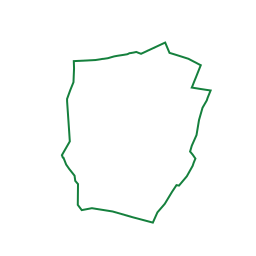 Nomgon, Ömnögovi, Mongolia, rotated 200°
{"feature_id": "93677404B86751370010695", "entity_name": "Nomgon", "entity_type": "district", "adm_level": 2, "iso_a3": "MNG", "parent_name": "Mongolia", "parent_adm1": "Ömnögovi", "projection": "orthographic", "projection_center": [105.179, 42.406], "detail": "fine", "context": "isolated", "style": "outline", "palette": "green", "viewbox_px": 256, "rotation_deg": 200, "n_neighbors": 0, "source": "geoboundaries", "source_scale": "gbopen_adm2", "svg_char_len": 1542}
<svg xmlns="http://www.w3.org/2000/svg" viewBox="0 0 256 256"><g transform="rotate(200 128 128)"><path d="M143.4,35.0L134.5,40.3L129.3,41.3L113.9,44.3L93.5,45.7L72.3,47.6L71.5,58.8L67.5,69.3L64.8,83.0L62.9,90.9L60.4,91.3L56.2,102.8L54.3,114.6L54.4,117.8L54.2,122.3L58.0,125.0L61.6,127.1L62.0,133.2L61.2,144.8L64.0,159.8L64.9,172.5L63.4,180.9L63.5,183.6L63.2,191.5L68.1,190.5L69.6,190.2L73.1,189.5L77.8,188.6L79.2,188.3L79.4,188.3L81.9,187.8L81.8,189.4L81.8,189.6L81.7,193.8L81.5,198.8L81.3,205.7L81.1,211.9L83.0,212.1L87.2,212.7L88.2,212.8L94.9,213.7L97.4,213.6L102.4,213.4L107.0,213.2L111.0,213.0L114.7,212.8L118.7,217.1L122.0,220.7L122.3,221.0L123.5,219.8L125.8,217.5L128.8,214.5L129.6,213.7L134.6,208.7L135.0,208.3L135.3,208.0L136.2,207.2L136.3,207.0L139.4,203.9L140.3,203.0L140.8,202.6L141.1,202.2L143.8,202.2L146.2,202.3L148.4,200.9L148.9,200.6L149.4,200.3L150.0,200.0L150.6,199.6L152.2,198.8L152.7,198.3L153.0,197.9L154.0,197.0L157.2,195.2L162.5,192.3L164.9,190.9L165.7,190.4L167.8,188.9L170.8,186.7L174.3,184.8L175.8,184.1L177.3,183.2L181.9,180.7L188.5,177.9L191.8,176.5L196.1,174.7L199.0,173.5L201.8,172.3L199.1,165.6L194.9,152.4L195.2,143.9L195.2,134.5L194.3,132.1L182.1,104.6L178.1,95.5L180.8,80.0L180.7,79.9L180.7,79.7L180.4,79.5L180.3,79.4L180.2,79.3L180.2,79.2L180.0,78.9L179.9,78.8L179.8,78.7L179.7,78.5L179.6,78.4L179.4,78.2L179.2,78.0L179.1,77.9L178.9,77.9L178.6,77.8L178.4,77.9L178.2,77.7L173.6,72.5L169.2,69.4L161.9,64.9L159.5,60.3L155.8,58.2L148.9,38.6L143.4,35.0Z" fill="none" stroke="#15803d" stroke-width="2"/></g></svg>